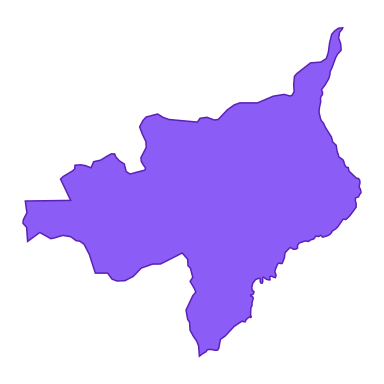 Ouadda, Haute-Kotto, Central African Republic (Mercator projection)
{"feature_id": "33826404B85937091100445", "entity_name": "Ouadda", "entity_type": "district", "adm_level": 2, "iso_a3": "CAF", "parent_name": "Central African Republic", "parent_adm1": "Haute-Kotto", "projection": "mercator", "projection_center": [22.72, 8.057], "detail": "fine", "context": "isolated", "style": "filled", "palette": "violet", "viewbox_px": 384, "rotation_deg": 0, "n_neighbors": 0, "source": "geoboundaries", "source_scale": "gbopen_adm2", "svg_char_len": 3293}
<svg xmlns="http://www.w3.org/2000/svg" viewBox="0 0 384 384"><path d="M342.7,27.8L338.5,28.2L334.7,30.9L331.7,34.3L329.6,42.8L328.3,52.5L326.3,58.6L320.7,62.1L310.5,62.9L296.8,73.6L294.5,76.2L293.7,84.4L294.1,91.5L292.2,95.2L289.9,96.0L284.1,94.4L273.2,96.2L257.4,102.9L239.7,102.9L234.2,104.9L227.4,109.8L218.2,119.5L214.2,120.0L210.2,118.5L206.9,117.3L200.0,118.3L197.4,122.1L169.1,119.5L163.5,117.6L157.6,114.0L146.1,117.0L142.9,120.6L139.6,126.9L142.2,133.8L145.9,141.6L146.2,147.4L140.9,157.8L141.3,161.4L143.3,164.9L145.5,167.9L144.9,170.1L129.9,174.0L126.2,171.5L124.3,164.0L119.2,160.7L116.0,157.2L114.6,153.9L111.2,153.9L107.1,156.1L100.7,160.1L93.6,161.7L91.1,167.8L85.4,165.6L80.8,164.8L75.0,165.2L74.7,168.9L72.7,170.8L63.2,176.5L60.5,179.1L62.5,183.2L70.7,200.4L25.3,201.0L26.9,212.9L24.9,216.6L23.3,219.8L23.0,223.4L26.6,227.3L27.6,241.4L39.8,232.5L50.9,238.7L54.9,237.8L62.7,235.4L70.8,236.7L76.0,240.6L79.8,241.2L84.1,244.3L89.4,254.6L95.3,273.1L107.6,273.1L112.0,279.1L116.9,281.0L124.9,280.7L133.3,276.4L141.2,268.1L152.5,264.1L160.5,264.0L182.2,253.0L187.7,259.3L188.0,265.7L190.4,268.1L192.8,277.4L190.1,281.3L194.4,288.6L195.8,292.1L192.8,295.7L186.0,310.1L187.7,319.5L189.5,322.1L190.1,330.3L193.3,336.2L196.8,341.3L198.6,346.0L199.4,356.2L202.3,353.9L206.2,351.6L207.1,349.9L208.7,349.5L211.6,349.5L213.6,350.0L215.6,350.3L217.6,350.1L218.8,348.2L220.4,339.4L225.3,335.9L234.0,326.5L240.8,321.9L242.6,321.2L243.9,321.8L245.3,321.8L245.9,320.1L246.9,318.9L248.7,317.5L249.7,316.7L250.6,317.5L251.2,317.1L250.7,315.2L250.6,313.7L250.9,307.7L252.0,305.8L252.0,302.9L253.3,298.0L252.4,296.6L250.8,296.0L250.7,295.0L252.3,294.6L253.4,293.9L254.0,291.8L252.0,289.8L251.8,287.5L252.8,283.2L255.6,279.5L257.4,278.8L259.5,278.2L260.3,279.1L260.2,281.1L260.4,282.3L261.0,283.1L262.2,283.2L262.8,281.6L262.7,280.1L262.6,278.1L263.2,277.2L264.4,277.6L265.3,278.6L266.4,279.3L267.5,279.6L269.0,279.9L270.1,279.8L269.9,278.7L269.8,277.0L270.7,276.2L271.8,276.3L273.7,277.2L275.4,277.6L276.1,275.3L275.5,273.6L274.8,271.4L275.9,268.1L277.6,264.1L279.0,263.1L280.4,263.4L281.3,263.7L282.3,263.2L284.4,257.8L285.0,252.8L289.8,247.7L291.4,248.0L293.3,249.2L294.4,249.3L296.2,249.0L297.5,248.2L297.5,245.4L299.3,242.9L302.2,242.0L304.3,241.2L306.6,241.0L308.3,241.5L309.7,240.7L310.5,239.9L312.1,239.5L313.4,239.1L314.4,238.3L315.1,237.2L315.6,236.3L316.7,236.1L317.9,236.5L318.7,236.5L319.8,235.8L320.2,235.4L321.3,235.6L322.1,236.7L322.9,237.2L325.1,236.4L327.3,235.8L329.8,234.5L331.5,232.7L332.1,231.2L333.9,230.0L335.8,228.8L337.6,227.1L343.1,219.2L345.9,219.5L349.7,215.9L353.9,210.3L356.2,207.1L356.1,203.1L355.3,200.6L355.5,197.9L358.5,196.9L359.7,194.3L361.0,192.8L360.6,189.8L360.0,188.5L359.1,186.9L360.0,182.6L359.7,180.3L358.5,178.5L356.3,178.1L348.9,171.0L348.3,167.6L345.8,166.9L344.4,164.0L343.8,161.6L343.2,160.1L341.0,158.3L339.1,157.2L337.0,150.8L336.2,145.3L332.7,142.0L331.5,137.1L325.3,127.2L323.4,123.0L321.5,121.0L320.5,118.7L319.0,112.1L319.5,107.3L320.7,101.9L320.5,98.1L321.1,96.3L322.4,94.7L322.6,92.6L321.9,90.8L321.6,89.5L325.2,84.8L328.8,78.6L329.8,75.0L330.2,71.5L332.2,67.2L335.6,57.8L337.4,54.4L341.0,50.4L341.1,48.8L340.7,44.2L340.0,41.7L338.6,38.0L339.1,35.4L339.6,32.2L342.2,29.2L342.7,27.8Z" fill="#8b5cf6" stroke="#5b21b6" stroke-width="1.5"/></svg>